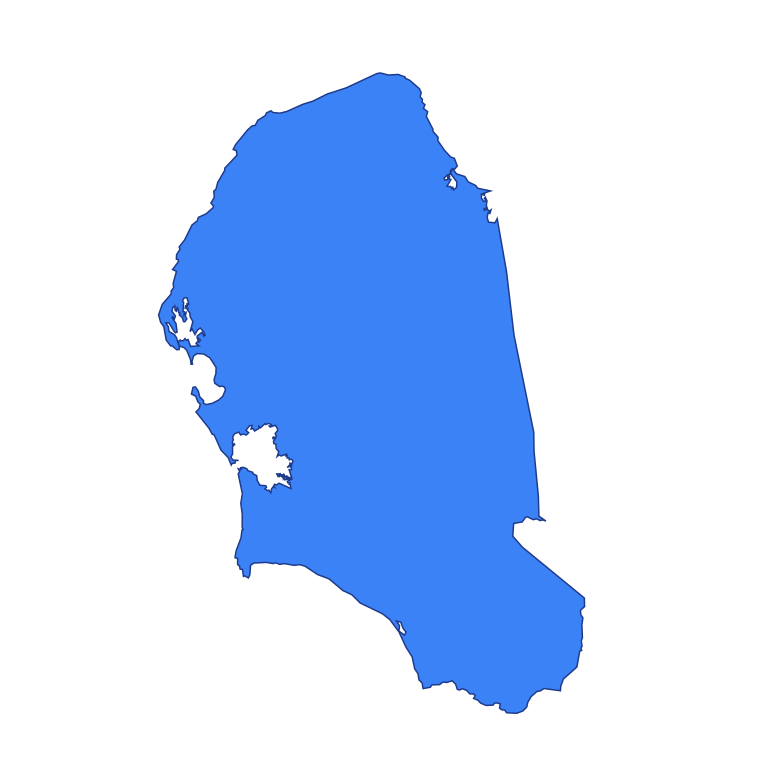 Uribia, La Guajira, Colombia (orthographic projection), rotated 278°
{"feature_id": "7082276B96062501211498", "entity_name": "Uribia", "entity_type": "district", "adm_level": 2, "iso_a3": "COL", "parent_name": "Colombia", "parent_adm1": "La Guajira", "projection": "orthographic", "projection_center": [-71.822, 11.991], "detail": "fine", "context": "isolated", "style": "filled", "palette": "blue", "viewbox_px": 768, "rotation_deg": 278, "n_neighbors": 0, "source": "geoboundaries", "source_scale": "gbopen_adm2", "svg_char_len": 6125}
<svg xmlns="http://www.w3.org/2000/svg" viewBox="0 0 768 768"><g transform="rotate(278 384 384)"><path d="M270.8,563.4L274.7,555.8L294.2,552.5L338.0,542.0L357.1,539.0L450.3,506.0L512.6,489.6L563.5,473.1L559.1,471.5L558.8,465.0L563.1,463.0L568.0,463.2L567.6,465.1L571.3,465.7L569.7,464.1L571.4,462.2L569.9,459.2L571.7,458.8L572.7,461.6L575.3,460.4L579.7,460.5L583.1,458.3L581.6,457.6L581.6,458.6L579.0,458.7L578.6,457.3L581.6,454.6L585.5,454.0L584.9,457.1L586.7,457.2L586.8,456.2L590.0,462.6L590.9,449.5L593.3,447.2L595.9,439.2L600.7,435.2L602.2,426.5L606.5,422.3L604.0,420.7L601.4,421.0L594.1,428.1L588.8,428.5L585.9,425.8L588.3,424.8L586.9,423.6L588.8,422.7L588.5,418.8L595.8,421.8L596.4,419.7L599.0,420.1L599.7,418.1L595.4,418.7L594.4,415.9L596.3,414.9L599.9,417.8L600.9,420.2L604.0,420.1L606.4,421.2L606.9,424.3L610.1,426.2L617.3,422.3L618.0,418.5L623.9,411.3L632.5,403.4L635.9,403.2L641.0,397.3L643.1,397.0L654.8,388.7L659.8,389.3L662.4,384.7L666.2,385.7L668.5,382.4L671.3,382.4L673.4,379.8L677.6,380.3L681.3,378.0L688.4,367.1L689.7,362.6L691.0,362.1L692.5,354.8L690.6,345.5L691.5,337.0L690.4,333.7L672.0,305.3L663.2,287.3L654.2,274.2L649.7,264.7L640.4,249.9L637.7,243.2L637.4,236.3L638.8,234.0L636.1,229.9L633.3,229.1L627.6,222.4L622.1,220.4L621.3,217.5L616.7,213.6L600.4,203.7L595.2,202.0L594.7,205.2L590.1,206.6L575.6,196.3L573.5,196.6L560.5,191.3L553.5,190.5L551.3,188.6L545.2,190.0L539.1,187.4L536.4,190.4L534.8,190.2L527.7,184.1L523.2,177.0L519.5,176.3L514.7,171.7L498.9,166.5L491.3,162.1L489.1,163.2L483.2,160.6L478.7,161.0L478.6,162.9L476.4,163.3L467.9,158.7L466.7,162.8L454.3,161.2L450.2,162.3L446.5,160.3L443.5,160.7L432.0,153.3L421.0,151.2L414.1,154.2L410.1,158.0L397.2,162.2L392.0,167.4L392.3,168.9L389.1,173.9L389.6,176.3L391.8,176.4L401.0,172.0L403.7,169.6L406.1,163.8L410.7,162.5L414.1,159.4L414.7,162.5L406.7,169.0L405.7,170.5L406.7,171.9L414.9,169.6L420.5,164.8L421.2,165.5L419.4,167.4L422.3,168.0L426.5,163.9L430.2,164.2L432.3,165.9L427.7,167.0L427.2,168.2L431.6,168.6L425.9,170.9L425.6,172.3L423.9,171.7L421.8,175.0L417.9,176.8L417.9,178.1L421.1,179.7L423.5,177.8L426.9,178.0L424.7,176.3L427.7,176.5L427.8,174.9L436.9,174.2L438.5,172.9L441.5,174.2L442.0,176.9L435.8,179.6L435.2,178.7L436.4,177.4L433.7,178.4L433.8,176.7L432.1,176.6L432.8,177.2L431.2,177.8L431.5,179.3L430.2,179.0L427.2,181.9L423.8,182.6L419.1,186.1L408.9,184.6L411.8,186.3L406.7,189.9L411.6,191.9L413.9,194.3L410.6,198.2L406.8,200.3L407.4,199.5L406.5,198.9L409.9,196.5L405.4,192.3L403.5,192.6L401.6,193.8L403.8,193.4L401.9,196.2L399.9,194.8L401.3,194.1L397.8,192.2L396.0,195.5L394.3,187.2L400.8,183.8L399.8,182.2L401.3,180.6L399.0,179.3L398.3,175.5L399.7,176.6L397.5,174.4L393.2,175.8L392.2,180.9L390.0,183.9L381.3,189.0L376.7,190.2L377.0,191.6L379.3,190.7L385.2,191.5L388.1,194.7L388.6,201.2L385.7,207.9L377.1,215.4L371.0,216.1L364.9,215.1L361.2,216.3L358.5,221.6L359.5,223.7L358.6,226.6L356.1,227.8L349.5,226.1L345.2,222.6L341.0,216.7L338.9,210.9L339.8,207.8L342.3,207.7L345.7,203.3L351.3,201.0L354.9,197.6L354.1,195.3L347.2,194.7L345.7,199.3L340.5,202.1L338.3,204.9L333.9,204.4L330.2,201.7L315.9,216.8L310.4,220.8L309.9,223.0L295.9,231.7L289.4,240.0L282.5,244.0L284.2,244.7L285.0,247.5L287.5,247.5L288.1,250.7L287.7,245.0L290.2,242.5L293.6,243.8L301.0,242.7L303.2,244.5L303.9,244.0L302.8,242.7L305.9,241.9L307.7,242.6L310.1,241.5L313.8,242.8L316.2,246.8L313.6,249.1L314.9,251.7L314.3,254.7L316.9,256.8L318.9,253.8L324.0,256.6L324.5,259.1L320.9,258.6L321.6,260.7L319.4,262.4L322.5,266.3L324.7,266.0L323.4,267.8L328.3,271.7L327.4,272.4L328.9,275.2L328.3,277.8L327.1,278.8L326.4,276.2L325.5,277.3L328.0,282.1L324.9,284.8L322.9,285.0L319.8,283.1L317.4,284.6L315.0,283.6L316.3,282.3L315.6,281.4L314.4,281.7L315.0,284.0L311.9,282.5L309.7,283.2L309.2,285.4L305.0,286.2L302.4,289.2L297.4,288.3L299.1,289.8L298.4,292.1L300.9,297.0L299.2,296.8L299.8,298.0L297.3,298.3L297.5,300.3L295.2,300.8L296.3,301.0L296.5,303.2L295.0,304.6L292.3,304.0L292.4,301.8L291.2,302.2L287.9,299.8L289.5,302.2L290.8,302.1L290.8,303.6L289.0,304.1L290.2,303.2L289.3,303.0L286.6,304.4L285.2,302.5L286.7,301.6L278.8,305.4L277.9,303.0L279.4,300.5L278.7,298.8L280.8,297.2L280.0,296.2L278.7,297.1L280.6,293.6L280.0,290.3L277.7,292.0L279.8,293.5L278.0,293.5L278.7,294.5L277.6,296.6L278.5,296.9L276.5,297.4L278.1,297.9L275.3,299.0L276.2,301.6L277.6,300.4L276.9,302.7L276.2,302.0L277.5,306.7L274.0,301.8L272.8,302.5L273.0,304.6L271.5,304.0L271.1,305.3L267.5,306.3L271.2,294.0L269.0,291.4L269.5,289.6L267.4,289.0L266.4,290.0L266.8,288.5L264.6,287.3L260.5,287.0L262.9,284.8L262.1,283.4L263.7,280.9L263.0,280.2L265.4,282.0L266.8,281.1L266.5,275.2L270.7,272.0L275.6,270.6L276.8,267.0L278.3,266.2L279.2,261.4L281.0,259.9L281.9,256.1L280.9,253.1L280.6,254.8L279.2,254.1L279.8,251.5L277.2,253.3L274.8,252.1L255.7,259.0L245.9,258.8L235.1,261.8L222.2,263.5L220.2,264.8L219.6,263.7L211.7,263.8L198.3,260.8L191.3,260.6L190.9,263.3L184.8,264.2L183.7,266.2L180.6,267.3L180.7,269.7L173.9,271.6L174.6,272.7L173.1,276.7L176.5,277.7L185.9,277.1L188.6,280.1L191.0,292.6L190.7,299.3L191.9,301.2L190.9,305.8L192.3,310.5L191.9,320.0L193.4,325.9L192.5,331.3L186.1,344.7L183.4,356.6L173.7,372.1L170.8,381.6L163.8,390.9L156.3,414.3L151.4,422.7L140.7,433.2L146.8,433.0L151.0,429.4L150.4,433.8L144.7,436.9L141.4,440.3L138.2,439.1L141.2,433.6L139.7,433.9L126.3,442.5L117.8,449.8L106.1,454.1L102.0,457.9L95.9,459.8L93.1,463.4L87.8,465.1L90.2,472.1L92.7,473.4L94.1,480.9L97.2,484.1L97.1,487.5L99.6,492.9L96.7,496.7L91.8,499.1L91.5,501.4L93.2,504.1L92.0,508.6L89.1,512.0L89.5,515.9L88.0,517.7L85.1,516.5L83.9,521.1L81.5,524.0L79.9,529.8L81.2,536.7L83.4,537.9L83.9,540.3L83.4,543.6L79.0,543.6L77.7,546.2L78.0,548.8L75.5,551.2L76.4,561.3L79.5,567.0L83.9,570.3L88.9,570.7L94.9,573.2L100.7,578.1L101.9,581.6L104.7,584.7L104.8,601.4L109.4,601.1L116.8,602.7L130.6,614.4L146.7,615.0L147.7,616.8L149.8,615.8L151.9,616.6L157.2,615.1L160.5,615.8L172.9,613.5L180.1,613.5L183.1,610.9L187.3,610.1L191.5,613.6L199.9,612.2L241.7,543.7L251.2,532.7L263.9,531.8L266.7,540.1L271.6,542.7L272.5,544.3L270.4,550.6L271.7,553.8L270.5,557.7L271.5,560.0L270.8,563.4Z" fill="#3b82f6" stroke="#1e3a8a" stroke-width="1.5"/></g></svg>